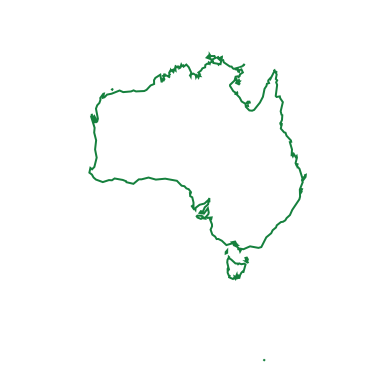 Australia, Robinson projection, rotated 17°
{"feature_id": "AUS", "entity_name": "Australia", "entity_type": "country or territory", "adm_level": 0, "iso_a3": "AUS", "parent_name": "Oceania", "parent_adm1": "", "projection": "robinson", "projection_center": [137.073, -32.4], "detail": "fine", "context": "isolated", "style": "outline", "palette": "green", "viewbox_px": 384, "rotation_deg": 17, "n_neighbors": 0, "source": "natural_earth", "source_scale": "50m", "svg_char_len": 5944}
<svg xmlns="http://www.w3.org/2000/svg" viewBox="0 0 384 384"><g transform="rotate(17 192 192)"><path d="M240.8,60.3L240.4,62.5L242.1,64.7L244.0,75.7L245.1,76.4L248.0,74.9L249.0,76.6L252.6,79.5L253.2,88.9L255.0,91.9L255.9,92.1L257.0,96.8L256.5,100.9L258.1,102.7L258.4,105.4L262.6,108.0L264.1,108.0L265.9,110.5L271.5,113.8L272.2,115.0L271.0,115.7L275.2,122.1L276.5,127.6L277.1,127.3L278.0,128.3L278.3,125.9L281.1,128.4L281.6,127.1L282.3,128.5L282.6,134.1L284.3,136.2L288.0,138.4L293.7,146.8L293.7,148.5L295.0,150.2L294.4,158.1L296.7,164.8L296.8,167.6L293.1,179.8L292.4,185.4L290.1,189.3L289.5,191.8L287.8,193.8L285.8,194.8L282.8,199.1L282.7,201.3L280.3,205.0L279.8,208.3L276.3,213.6L274.4,224.4L271.9,226.0L263.4,227.0L257.9,231.7L254.5,232.1L255.1,233.2L255.8,232.8L255.4,234.8L254.2,233.0L253.0,233.2L252.3,231.7L250.2,230.9L251.0,230.0L250.7,229.0L249.7,229.0L247.9,230.6L246.7,229.6L247.7,229.6L248.9,228.0L247.7,226.8L245.0,228.3L246.4,228.8L240.4,232.7L234.8,229.9L230.9,229.2L229.3,229.8L227.2,227.9L223.9,226.8L220.8,222.6L221.2,218.9L220.5,217.0L216.5,212.0L218.3,212.2L218.2,210.6L214.2,212.3L212.4,212.2L214.1,208.4L214.0,206.7L211.9,202.9L209.7,209.2L205.4,209.8L206.1,207.7L208.1,207.7L208.7,202.9L211.0,199.1L210.6,196.7L211.4,196.0L210.3,192.7L210.3,194.3L207.3,199.4L203.0,202.0L200.1,206.1L200.5,208.1L199.6,207.4L198.8,207.9L196.0,205.6L196.5,204.9L197.7,205.5L196.5,201.6L193.8,197.0L191.5,196.5L190.4,193.8L191.1,193.7L191.1,192.5L188.0,190.3L185.6,190.2L183.1,188.7L180.2,189.0L174.3,185.7L162.5,187.1L153.8,190.7L146.2,190.9L140.1,194.6L137.4,195.5L133.6,201.3L126.4,201.8L125.9,201.0L122.3,200.7L114.0,201.7L112.0,204.2L109.1,204.9L103.8,208.6L96.5,208.2L93.6,206.9L91.2,204.6L88.2,203.5L87.8,198.7L89.8,199.5L91.3,196.6L90.8,187.0L86.9,179.7L85.2,170.6L81.1,163.8L80.1,159.1L75.0,151.6L75.8,152.0L75.9,151.0L77.4,154.0L78.7,153.7L78.8,152.6L76.0,148.6L76.3,147.9L77.8,149.4L78.0,151.3L78.7,150.6L79.5,152.5L80.1,153.0L80.7,152.3L80.6,149.5L75.8,140.4L76.0,136.8L77.4,133.9L77.5,130.7L76.8,128.9L78.5,124.0L79.0,123.7L79.3,127.9L80.6,127.0L82.3,123.7L86.4,121.5L93.1,116.1L97.0,116.6L104.4,113.6L106.4,111.9L109.0,112.2L116.8,109.4L118.7,107.6L121.3,102.2L124.2,99.8L123.0,96.2L123.6,93.6L127.4,89.1L130.9,96.0L131.0,92.9L132.3,93.5L132.6,92.2L130.4,89.4L131.1,88.9L131.0,87.7L131.7,87.5L132.4,88.7L133.4,88.0L137.5,88.9L135.5,88.2L136.8,85.4L136.0,86.1L135.3,84.7L135.6,83.0L136.2,83.0L137.0,81.6L139.1,82.7L139.1,81.8L138.2,81.8L137.8,80.9L138.9,79.9L140.7,80.6L139.6,78.0L141.9,76.5L142.1,75.1L142.3,76.8L143.2,76.4L143.6,77.4L144.4,76.6L144.5,73.3L145.7,74.5L146.5,73.5L147.4,74.5L149.3,71.8L152.4,73.6L156.6,78.3L155.9,82.0L156.4,81.3L156.9,81.8L156.5,80.1L158.7,78.4L161.4,79.1L162.3,80.9L162.6,79.0L164.7,80.7L164.7,78.9L165.9,78.7L164.5,77.6L165.0,77.0L163.2,75.9L165.1,73.3L165.8,70.7L168.1,68.9L167.6,66.7L168.9,65.0L170.1,64.7L170.1,63.4L171.5,64.2L171.5,62.9L173.9,61.0L174.7,62.4L179.3,61.8L180.2,62.5L180.7,61.5L181.9,61.4L181.6,58.3L176.8,56.1L177.6,55.3L178.7,56.2L179.7,55.6L181.7,57.4L183.3,56.8L184.5,58.7L191.5,60.9L193.2,60.5L194.9,61.8L196.0,62.0L200.0,59.5L198.7,61.9L200.4,61.8L200.9,63.3L201.9,63.4L201.9,61.4L203.4,60.3L205.7,62.8L203.4,65.6L203.7,67.0L203.0,68.5L202.1,67.9L200.0,69.0L200.1,73.0L197.1,78.3L197.3,79.4L202.0,83.5L204.4,84.2L204.8,85.6L206.0,85.5L210.0,87.8L213.0,90.9L217.3,92.0L218.6,94.8L223.0,97.2L225.7,96.7L227.4,95.3L230.8,86.7L232.0,80.2L231.2,72.1L232.2,68.7L232.0,66.6L233.8,65.3L232.4,63.7L232.4,62.8L233.5,60.4L234.0,60.9L235.2,53.8L236.8,52.3L237.6,52.6L237.3,53.4L238.6,54.9L239.1,59.4L240.8,60.3ZM246.2,244.5L249.2,245.1L254.4,247.6L256.6,247.1L257.2,247.6L258.0,246.5L260.4,246.6L263.1,245.2L264.4,245.7L264.6,254.3L264.0,252.7L262.9,254.6L262.3,257.1L262.4,260.3L261.4,260.7L260.8,259.4L261.6,258.8L260.5,258.3L259.8,259.5L259.0,257.9L258.7,260.6L257.4,260.3L257.8,261.0L256.6,263.2L252.4,262.7L252.2,261.7L253.3,261.3L251.6,261.1L249.7,258.8L248.4,254.4L249.7,256.1L250.0,255.2L249.1,253.9L248.6,254.2L248.6,253.1L246.3,249.1L245.8,246.5L246.2,244.5ZM170.1,56.6L173.7,55.4L175.2,57.0L171.9,60.1L169.5,58.1L168.7,55.4L170.1,56.6ZM209.2,213.0L211.0,212.9L212.0,213.7L209.6,214.0L208.4,215.1L204.7,214.8L203.6,213.9L204.1,213.0L207.8,212.0L209.2,212.2L209.2,213.0ZM204.4,72.2L205.4,72.1L204.6,73.9L205.7,74.6L205.4,75.3L202.3,74.8L202.8,72.6L204.1,71.3L204.4,72.2ZM294.6,148.9L294.1,147.6L294.5,145.3L295.6,144.1L295.1,142.9L295.8,142.3L296.2,144.4L294.6,148.9ZM263.6,238.7L265.1,240.1L265.1,241.3L264.0,241.9L262.4,239.4L263.6,238.7ZM168.2,56.3L170.0,59.4L166.8,59.2L168.2,56.3ZM242.2,241.0L241.8,239.6L242.7,237.5L243.4,239.9L242.2,241.0ZM221.1,89.6L219.6,90.5L218.1,91.0L218.9,89.3L220.5,88.8L221.1,89.6ZM75.0,150.8L73.7,149.1L73.5,147.5L73.7,147.4L75.0,150.8ZM265.1,242.2L265.9,243.0L265.5,243.3L263.5,242.6L265.1,242.2ZM283.7,134.6L284.8,134.6L284.8,136.2L283.7,134.6ZM257.9,100.6L258.2,101.7L257.9,102.2L256.8,100.7L257.9,100.6ZM258.8,261.0L258.9,262.5L257.9,262.0L258.8,261.0ZM296.7,159.7L296.2,161.5L296.0,161.4L296.1,159.5L296.7,159.7ZM181.2,56.1L180.6,54.4L181.1,54.0L181.4,55.3L181.2,56.1ZM204.6,55.4L203.4,57.0L204.8,54.2L204.6,55.4ZM296.2,158.9L295.8,157.8L296.2,157.1L296.4,157.1L296.2,158.9ZM206.5,84.8L205.7,84.4L206.1,83.7L206.4,84.1L206.5,84.8ZM202.0,72.1L201.1,72.2L201.6,71.3L202.0,72.1ZM86.1,116.2L85.8,117.5L85.5,117.4L86.1,116.2ZM235.8,52.3L235.3,52.6L235.0,51.9L235.3,51.5L235.8,52.3ZM250.7,229.7L249.9,230.1L249.6,229.9L249.7,229.5L250.7,229.7ZM310.4,331.4L309.7,332.5L310.5,330.8L310.4,331.4ZM203.0,57.4L201.4,58.5L203.1,57.2L203.0,57.4ZM139.7,76.5L139.1,77.2L139.5,76.4L139.7,76.5ZM259.6,260.8L258.9,260.3L259.2,259.8L259.5,260.0L259.6,260.8ZM220.4,93.3L219.5,93.3L220.0,92.6L220.4,93.3ZM136.5,82.1L136.0,82.6L136.0,81.6L136.5,82.1ZM249.3,230.4L250.0,231.0L248.8,230.8L249.3,230.4ZM277.7,125.7L277.4,125.7L277.7,125.1L277.7,125.7ZM246.6,243.5L246.4,244.0L246.2,243.3L246.6,243.5Z" fill="none" stroke="#15803d" stroke-width="2"/></g></svg>